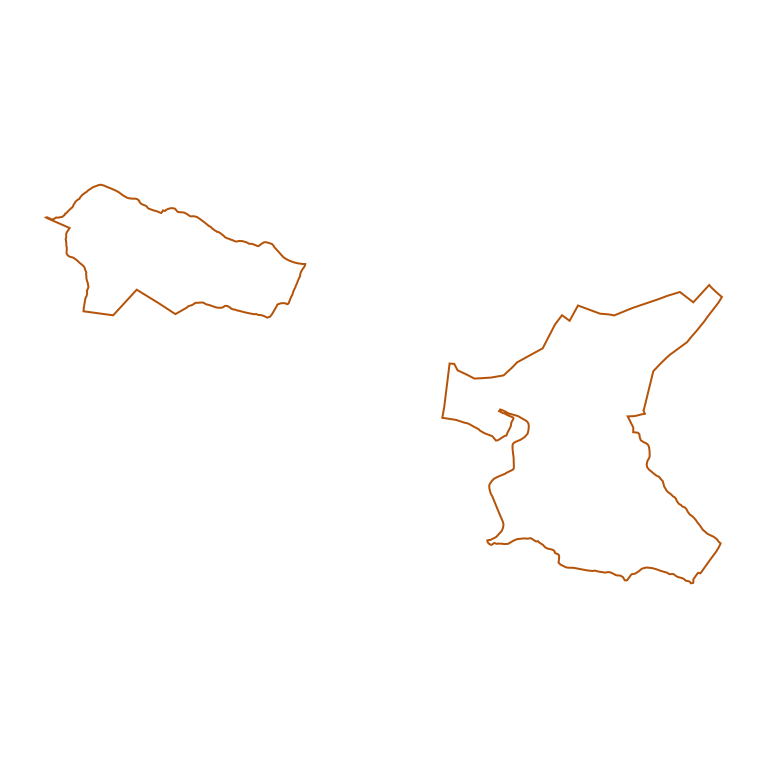 Amaxac de Guerrero, Tlaxcala, Mexico
{"feature_id": "50627088B74486769027382", "entity_name": "Amaxac de Guerrero", "entity_type": "district", "adm_level": 2, "iso_a3": "MEX", "parent_name": "Mexico", "parent_adm1": "Tlaxcala", "projection": "albers", "projection_center": [-98.192, 19.362], "detail": "fine", "context": "isolated", "style": "outline", "palette": "amber", "viewbox_px": 768, "rotation_deg": 0, "n_neighbors": 0, "source": "geoboundaries", "source_scale": "gbopen_adm2", "svg_char_len": 6048}
<svg xmlns="http://www.w3.org/2000/svg" viewBox="0 0 768 768"><path d="M494.5,543.0L496.5,543.8L498.7,543.6L501.7,543.7L504.6,544.1L508.2,543.8L513.4,540.7L517.2,539.1L524.3,538.4L527.6,538.7L530.3,538.2L531.5,538.5L535.8,541.4L536.4,541.5L538.0,541.1L539.1,542.4L543.1,545.0L545.0,547.2L547.4,548.5L551.3,549.4L553.3,550.1L554.6,551.3L554.9,552.9L558.6,554.6L559.2,556.5L558.8,561.0L558.5,562.6L560.1,564.2L560.7,564.7L565.9,567.3L568.3,567.7L573.4,567.8L587.1,570.4L592.6,571.0L594.6,570.6L598.8,571.6L605.1,572.6L608.2,572.1L610.1,572.3L611.9,573.0L616.2,575.3L620.3,575.6L622.8,577.0L624.8,580.3L627.1,580.3L630.9,575.0L631.9,574.2L635.2,573.6L638.2,571.7L641.9,568.7L644.3,568.0L646.5,567.5L652.1,568.1L655.9,569.1L660.8,570.9L666.1,572.4L667.9,573.1L668.8,573.8L669.6,574.2L672.9,573.9L674.2,574.6L675.7,575.8L677.5,576.9L681.7,578.0L683.7,578.8L685.8,580.7L688.5,581.2L689.4,581.6L690.2,582.2L690.9,583.3L693.0,583.0L693.4,581.9L693.3,579.5L693.5,579.1L697.7,573.2L698.3,572.8L700.3,573.3L700.7,573.0L709.8,560.2L716.2,551.6L718.4,548.0L720.4,544.1L720.6,543.3L718.8,541.9L716.7,539.0L713.7,536.8L707.6,533.9L702.8,529.7L699.5,524.9L697.8,523.0L695.8,520.0L693.0,516.8L689.7,514.4L687.8,511.8L686.3,508.9L684.8,507.4L682.3,506.5L681.0,505.0L679.1,504.0L678.4,503.3L676.4,500.2L675.9,498.7L674.6,497.2L673.3,496.6L670.6,493.9L668.4,492.5L666.6,490.7L665.6,488.8L664.2,486.6L662.8,481.2L660.9,479.2L659.3,477.0L656.1,475.4L652.7,472.7L651.3,471.4L649.7,470.3L648.2,468.6L647.3,467.4L646.7,464.7L647.1,462.1L647.7,460.4L649.1,458.2L649.6,456.6L649.7,454.8L649.5,450.5L649.2,448.2L648.9,446.7L648.0,444.8L646.1,443.2L643.9,442.3L640.8,440.3L639.8,437.5L639.3,434.0L637.8,432.7L633.2,432.2L633.3,428.0L633.2,427.3L627.7,416.4L634.5,416.1L637.6,415.4L641.8,414.3L644.9,413.8L643.5,410.5L644.2,408.4L653.3,371.2L660.3,363.8L667.0,357.3L669.8,354.8L687.0,342.2L691.3,336.9L696.7,330.7L704.5,321.1L707.6,316.7L718.4,302.7L721.9,297.0L716.1,292.0L711.4,287.5L709.2,285.0L693.3,302.3L679.9,292.0L667.2,295.9L658.4,299.2L632.4,308.0L614.3,315.4L608.8,314.4L600.1,313.7L578.0,305.5L569.6,320.8L562.0,315.2L555.0,324.5L542.7,348.3L517.0,362.4L512.4,367.3L503.6,375.4L490.8,377.6L474.5,378.6L466.1,374.3L457.6,370.3L454.2,363.9L449.6,363.5L444.2,407.2L442.3,417.8L456.0,419.9L463.8,422.5L467.7,423.4L470.4,424.7L472.6,426.0L478.3,429.0L478.8,429.3L479.7,430.4L481.1,431.3L483.4,432.6L485.2,433.5L492.3,436.2L496.0,440.6L497.9,440.2L499.0,439.6L503.5,436.6L504.4,436.1L506.4,435.5L507.8,432.0L510.4,427.1L510.9,425.6L511.4,422.4L513.4,418.8L513.5,418.3L513.4,417.9L513.2,417.6L512.2,417.1L507.4,415.1L504.9,413.6L504.0,413.3L502.8,413.1L499.1,411.1L499.9,410.3L500.2,409.5L503.6,410.7L508.6,413.4L517.8,416.0L525.0,420.1L527.1,421.5L528.3,423.3L528.8,425.5L528.7,427.8L528.4,430.5L527.6,433.7L524.6,437.1L520.5,439.8L515.2,442.0L513.4,443.3L512.8,444.2L512.5,445.8L512.6,449.5L513.6,457.7L513.9,467.3L513.5,469.1L511.9,470.2L506.1,473.0L505.2,473.7L497.5,476.9L493.8,478.9L492.0,480.8L490.7,482.6L489.7,484.1L489.2,485.7L489.4,488.6L490.7,493.5L492.4,496.5L493.8,500.1L499.4,513.7L502.8,521.6L503.5,524.4L503.1,527.5L501.8,530.8L496.2,537.0L490.5,539.9L487.4,540.3L487.4,541.5L488.2,542.9L489.3,544.0L490.6,544.6L491.2,544.9L492.3,544.4L493.8,543.3L494.5,543.0ZM305.2,264.0L302.8,264.0L297.7,263.3L294.1,262.4L292.2,261.7L289.7,260.8L286.0,259.0L283.5,257.2L281.4,255.0L278.6,251.8L274.5,247.4L273.8,246.1L272.3,244.3L270.7,243.5L267.5,242.6L265.4,242.1L264.1,242.3L262.9,242.9L261.3,244.0L258.6,246.1L257.5,246.0L253.0,244.2L251.5,243.8L249.2,243.8L246.7,242.4L242.3,241.1L240.2,240.9L238.3,241.1L236.6,241.6L235.1,241.3L231.9,239.9L230.8,239.7L229.4,238.9L227.4,238.4L224.9,237.2L223.8,235.9L220.4,233.2L219.2,232.4L217.7,231.8L216.7,231.7L216.0,231.0L214.4,230.2L213.5,229.3L212.1,228.5L211.1,227.2L208.8,225.9L204.4,222.3L200.1,219.1L196.9,217.0L194.6,216.4L193.0,216.2L191.7,216.4L190.1,216.2L187.4,214.3L184.5,212.7L182.8,212.4L178.4,212.1L177.4,211.6L175.0,208.7L173.2,208.3L171.5,208.1L169.8,208.4L167.3,209.3L166.1,209.9L164.8,211.0L162.9,210.4L161.8,212.5L161.0,213.0L157.5,211.5L152.7,210.1L148.5,208.5L147.5,207.7L146.9,206.6L145.2,205.5L141.5,204.1L140.8,203.4L139.5,201.9L139.1,200.6L137.1,199.1L135.1,198.6L132.7,198.7L129.6,198.4L127.0,197.7L122.6,195.1L119.0,192.4L116.2,190.8L111.5,188.7L106.5,186.7L104.1,185.6L100.6,184.7L98.6,185.1L92.5,187.4L91.1,188.5L88.5,190.1L86.6,191.9L85.2,192.7L82.4,194.8L80.3,197.2L79.4,198.9L77.8,199.7L75.4,201.7L74.7,203.2L73.8,204.4L72.4,207.4L71.2,208.1L65.9,213.5L65.3,213.6L64.9,214.0L64.5,215.2L63.2,216.0L62.5,216.8L60.6,217.2L59.9,217.2L58.7,217.6L57.6,217.7L56.4,217.5L55.7,217.7L54.4,218.7L52.6,219.4L51.3,219.3L47.2,217.3L46.7,217.3L46.1,217.5L47.5,218.3L69.6,228.0L67.0,232.0L66.3,233.4L66.1,235.7L66.3,237.1L65.7,238.8L65.7,239.6L66.0,240.1L66.0,241.7L66.4,243.1L66.3,243.9L66.3,245.6L66.7,246.6L66.8,249.1L66.5,253.1L67.1,254.5L68.5,256.0L69.6,256.6L72.8,257.5L74.3,258.3L77.4,260.7L79.7,262.9L82.9,265.5L84.3,267.0L84.9,268.6L85.1,269.8L86.3,272.4L86.1,274.4L86.4,276.3L86.3,277.6L86.9,280.5L87.9,283.5L88.0,284.9L88.4,286.2L88.4,286.9L87.7,289.4L87.2,289.9L86.9,290.9L87.1,292.2L87.0,294.2L86.6,295.9L85.9,297.2L85.3,298.9L83.6,309.2L83.7,310.4L83.5,311.3L113.2,315.3L136.7,289.7L158.7,303.2L175.4,314.1L186.3,307.9L188.4,306.2L190.7,305.5L192.0,305.0L193.2,304.4L195.3,302.9L202.3,302.5L203.4,302.7L206.0,304.2L207.3,304.6L209.2,305.0L215.7,307.3L218.0,307.7L220.6,307.8L222.8,307.4L225.0,305.9L226.4,305.9L227.7,306.1L230.5,307.8L231.2,308.7L233.3,309.4L235.3,309.7L237.8,310.7L238.9,310.7L243.8,312.1L250.2,313.5L254.2,314.2L256.3,314.1L258.2,314.9L260.2,315.0L262.2,315.4L264.9,316.4L266.9,317.5L267.9,317.5L270.2,316.5L271.8,314.5L276.7,306.2L277.3,304.7L278.1,304.2L280.2,303.5L282.2,303.1L285.3,303.3L286.9,304.1L287.7,304.1L288.7,303.1L290.6,298.2L291.7,295.9L292.2,295.2L293.5,291.1L294.2,289.4L295.3,287.5L295.8,285.8L297.2,282.8L298.1,280.1L300.2,275.9L300.1,274.8L300.8,272.2L302.9,268.6L304.1,267.1L305.0,265.4L305.2,264.0Z" fill="none" stroke="#b45309" stroke-width="2"/></svg>